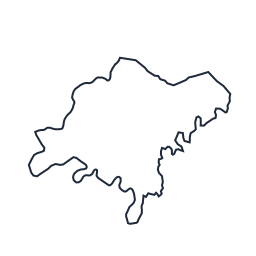 outline of Paso de los Toros, Tacuarembó, Uruguay, rotated 26°
{"feature_id": "84410073B41725704042311", "entity_name": "Paso de los Toros", "entity_type": "district", "adm_level": 2, "iso_a3": "URY", "parent_name": "Uruguay", "parent_adm1": "Tacuarembó", "projection": "albers", "projection_center": [-56.519, -32.72], "detail": "fine", "context": "isolated", "style": "outline", "palette": "slate", "viewbox_px": 256, "rotation_deg": 26, "n_neighbors": 0, "source": "geoboundaries", "source_scale": "gbopen_adm2", "svg_char_len": 3353}
<svg xmlns="http://www.w3.org/2000/svg" viewBox="0 0 256 256"><g transform="rotate(26 128 128)"><path d="M90.0,68.4L90.0,69.0L90.1,69.8L90.0,70.5L90.2,70.8L90.1,71.1L90.2,71.8L90.1,72.3L89.8,72.8L89.8,73.8L89.4,74.6L89.2,75.4L89.1,75.6L88.9,75.8L88.5,76.3L88.4,76.5L88.4,76.8L88.5,77.2L88.5,77.6L88.3,78.5L88.2,79.3L88.1,79.7L87.9,81.4L87.9,81.8L88.0,82.0L88.0,82.5L87.9,83.2L88.0,84.0L87.9,84.8L87.9,85.5L88.0,85.8L89.0,87.9L89.8,89.9L90.1,91.1L90.2,91.6L90.0,92.8L89.8,93.4L89.5,93.9L89.1,94.1L88.7,94.3L88.0,94.2L87.0,93.9L86.0,93.7L83.7,93.9L82.7,94.0L82.0,94.2L81.0,94.9L80.0,95.2L79.0,95.7L78.3,96.2L77.8,97.0L77.1,98.6L76.5,100.7L75.8,102.4L74.8,103.6L73.5,104.7L71.3,105.5L69.2,106.9L67.7,108.6L66.3,110.5L65.5,112.3L64.3,114.4L63.4,116.4L63.1,118.9L63.6,122.5L64.4,125.1L66.1,126.6L68.0,127.6L68.9,129.2L69.0,131.2L69.6,134.0L69.6,136.6L69.3,139.3L68.0,142.4L67.5,145.1L67.2,147.6L67.5,149.9L68.2,152.2L68.9,154.4L69.2,157.2L67.9,158.5L65.5,159.9L63.2,161.0L60.5,161.6L57.6,162.0L55.3,163.2L54.3,165.1L53.2,166.6L50.9,167.9L49.0,169.2L47.8,170.6L46.3,172.1L48.5,174.4L57.6,180.5L61.5,182.4L62.4,185.3L61.0,187.1L57.4,190.5L55.4,193.5L55.1,198.2L55.1,204.7L60.6,210.5L63.8,212.2L67.4,211.3L69.7,207.1L74.1,199.7L75.5,195.7L78.7,192.1L83.0,191.0L85.7,189.2L91.8,178.1L94.8,177.5L100.0,178.6L103.7,179.1L106.2,179.5L107.8,180.8L108.1,181.6L108.1,182.7L106.5,184.3L103.6,186.1L101.2,188.8L99.8,192.3L99.7,194.2L100.2,196.3L102.1,198.7L105.3,199.6L107.5,198.4L108.8,196.2L109.2,191.4L109.9,189.9L110.7,189.0L114.5,187.4L116.0,185.1L116.0,181.7L116.3,180.4L116.9,179.6L117.7,179.3L118.6,179.5L119.1,180.2L119.6,181.7L120.7,184.7L122.8,185.9L124.3,186.2L133.3,187.5L133.6,187.5L135.8,187.9L137.1,187.2L137.3,186.8L138.0,185.0L138.5,180.3L139.4,177.5L140.2,176.4L141.5,175.9L142.5,176.1L143.5,176.5L144.9,179.5L145.2,183.2L146.8,185.4L149.9,186.5L152.8,186.7L154.2,185.6L155.4,182.8L156.1,181.7L156.8,181.2L157.8,181.1L159.6,181.9L162.4,184.6L165.7,189.6L165.9,191.5L165.8,193.4L163.9,198.5L164.1,202.2L164.1,205.6L164.1,206.2L165.0,208.2L167.4,210.8L169.7,213.5L171.9,213.2L177.2,209.5L177.8,208.0L177.7,207.4L177.5,205.8L177.7,200.7L177.7,198.4L176.3,195.4L174.8,193.1L174.5,192.4L174.2,190.1L174.3,189.2L171.6,182.0L174.3,182.1L174.9,177.8L178.2,177.2L181.0,176.5L181.6,173.9L183.1,174.4L185.6,176.0L186.4,174.4L187.1,172.3L185.2,170.3L185.8,166.8L183.6,164.5L183.1,161.5L179.7,156.4L175.4,154.7L173.1,152.3L172.2,149.3L172.6,147.3L170.7,145.6L169.5,142.6L171.6,140.8L172.0,139.9L169.4,137.6L167.8,134.3L167.3,131.0L169.3,130.7L170.7,130.7L171.8,127.6L173.2,126.8L176.1,127.7L177.3,128.9L178.8,132.0L180.1,132.3L180.9,130.9L180.7,128.2L180.7,126.4L182.6,125.0L184.8,125.0L187.5,124.6L184.3,121.3L179.7,120.7L175.8,118.4L175.5,112.5L175.4,109.7L179.5,108.5L182.2,112.8L184.5,114.9L189.7,113.9L188.8,111.7L187.4,108.7L186.6,105.2L188.8,101.5L189.5,99.4L186.8,95.0L185.8,93.2L184.9,88.4L186.2,86.8L189.0,87.4L190.6,90.3L192.2,93.9L195.2,92.6L196.5,89.0L198.7,85.3L200.3,82.4L202.3,80.7L201.4,77.7L199.1,75.6L198.6,71.9L202.3,70.3L205.5,70.7L208.9,71.3L209.7,70.3L209.2,66.6L207.6,64.3L207.8,59.3L205.9,56.0L205.0,52.6L195.5,48.4L187.2,46.9L175.6,42.5L165.1,52.2L160.5,55.9L158.9,59.7L150.3,69.6L143.8,70.6L140.5,69.2L135.7,70.0L132.3,68.0L129.0,69.3L120.7,68.3L116.9,66.4L105.2,63.7L90.0,68.4Z" fill="none" stroke="#1e293b" stroke-width="2"/></g></svg>